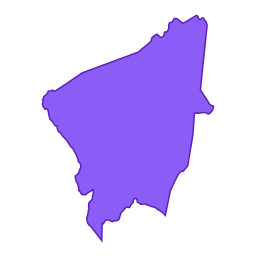 Eunápolis, Bahia, Brazil
{"feature_id": "56859067B32673788757857", "entity_name": "Eunápolis", "entity_type": "district", "adm_level": 2, "iso_a3": "BRA", "parent_name": "Brazil", "parent_adm1": "Bahia", "projection": "equal_earth", "projection_center": [-39.639, -16.312], "detail": "fine", "context": "isolated", "style": "filled", "palette": "violet", "viewbox_px": 256, "rotation_deg": 0, "n_neighbors": 0, "source": "geoboundaries", "source_scale": "gbopen_adm2", "svg_char_len": 2875}
<svg xmlns="http://www.w3.org/2000/svg" viewBox="0 0 256 256"><path d="M196.4,15.4L189.6,19.5L188.5,20.2L182.9,23.4L181.8,22.3L180.5,21.5L179.4,20.9L178.3,19.5L176.9,18.7L175.7,18.5L174.5,18.4L173.5,19.6L172.7,21.0L171.9,22.4L170.7,22.3L169.3,23.1L168.6,25.1L168.8,27.4L168.3,29.6L167.5,30.9L166.6,32.2L165.6,31.8L164.5,32.1L164.2,34.3L163.5,36.2L162.2,37.0L160.9,37.6L159.9,36.6L158.6,35.7L157.5,34.3L156.0,34.6L154.2,35.8L153.0,36.8L151.8,38.0L151.4,39.5L151.2,41.0L147.8,44.1L138.2,52.1L88.0,70.7L85.5,71.7L82.1,72.9L65.9,84.0L54.1,91.7L53.0,90.2L51.0,90.7L49.5,91.1L48.3,91.1L47.6,92.7L46.7,94.2L45.9,95.2L44.5,95.9L43.7,96.8L43.4,98.2L42.4,99.9L43.4,101.4L42.6,103.0L42.5,104.4L43.0,106.4L44.1,107.8L45.0,109.3L46.0,108.8L47.2,109.0L47.9,110.0L48.4,112.0L48.7,114.4L49.2,116.3L49.7,118.0L50.2,119.5L51.8,120.8L53.4,122.8L54.2,124.6L55.5,125.9L57.1,126.1L57.1,128.0L58.0,130.5L58.9,132.1L60.2,132.7L61.2,133.9L61.9,134.9L62.7,136.2L64.1,137.5L65.3,138.9L66.7,140.2L67.7,141.9L68.8,143.4L69.6,145.1L70.6,146.5L71.7,147.5L72.6,148.1L76.0,154.3L78.3,160.1L78.2,161.7L79.4,162.4L80.4,164.0L80.9,165.7L80.6,167.8L79.9,169.3L79.4,170.6L79.0,171.9L78.4,173.2L77.7,174.1L76.5,175.2L75.2,176.0L75.2,177.5L75.7,179.2L76.0,180.6L76.5,182.1L77.6,183.6L78.1,185.5L78.5,187.1L78.8,188.7L78.6,190.5L79.5,191.2L80.3,192.1L81.0,193.2L81.6,194.4L82.9,194.5L84.4,194.7L85.8,194.8L86.6,193.8L87.7,192.9L88.7,192.3L90.0,191.6L91.4,190.7L93.0,189.5L93.4,192.6L92.8,194.9L92.4,197.2L92.3,199.3L91.2,200.4L89.4,202.2L88.7,203.6L88.7,205.2L88.6,207.0L89.0,208.5L88.3,210.6L88.1,212.7L87.6,215.0L87.1,216.6L86.7,218.6L87.0,220.2L87.3,221.7L87.9,223.3L89.0,225.1L90.5,226.0L101.8,240.6L102.1,223.6L103.0,224.0L103.9,223.0L104.6,221.4L105.9,220.2L107.3,219.8L109.0,220.1L111.0,221.2L112.6,221.6L114.4,220.8L116.0,220.7L117.4,220.5L118.5,219.8L119.5,218.3L119.7,216.7L120.3,215.3L120.7,213.7L121.3,212.2L122.9,211.1L124.1,209.3L125.2,208.4L126.4,207.2L127.9,207.2L129.3,207.6L130.1,206.7L130.7,205.1L131.8,203.9L133.2,202.3L133.4,200.0L135.0,198.4L136.6,198.7L137.1,200.2L137.2,201.9L138.4,202.7L139.4,203.2L140.2,204.0L141.5,204.4L142.9,204.1L144.6,203.9L146.2,204.5L147.6,205.0L151.1,206.4L153.3,207.0L154.6,207.1L155.9,208.0L157.1,209.1L158.1,209.7L159.2,210.3L160.6,211.1L162.1,212.3L163.6,213.5L164.5,214.5L165.3,215.4L170.3,190.9L174.7,181.3L178.9,173.3L180.1,172.4L181.0,171.2L182.0,171.0L183.0,171.5L187.7,165.9L192.9,134.8L194.4,113.5L195.6,113.0L197.1,113.2L198.2,113.1L199.3,113.1L200.4,113.0L202.0,112.6L203.4,112.6L204.7,112.5L206.2,112.8L207.2,113.6L208.6,114.0L209.6,113.4L210.5,112.6L211.3,111.7L212.3,110.5L213.1,108.6L213.6,106.4L212.4,105.7L211.3,105.3L210.1,104.8L209.0,103.4L208.1,101.6L200.4,89.9L202.3,71.3L207.1,25.5L206.5,23.2L205.7,21.1L204.6,20.2L203.5,18.1L202.1,17.9L200.1,19.6L198.7,18.7L197.8,16.2L196.4,15.4Z" fill="#8b5cf6" stroke="#5b21b6" stroke-width="1.5"/></svg>